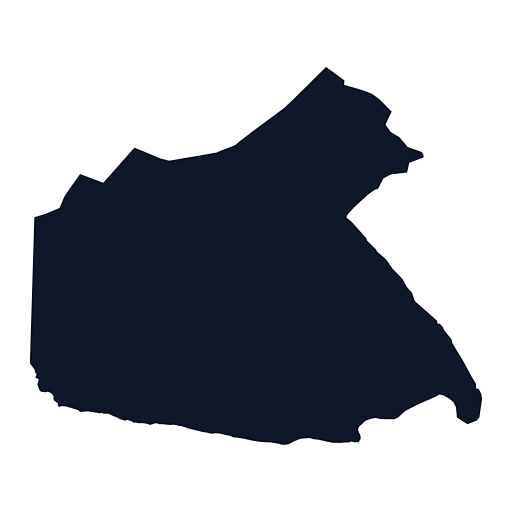 the district of San Lorenzo, Oaxaca, Mexico
{"feature_id": "50627088B2703983374094", "entity_name": "San Lorenzo", "entity_type": "district", "adm_level": 2, "iso_a3": "MEX", "parent_name": "Mexico", "parent_adm1": "Oaxaca", "projection": "mercator", "projection_center": [-97.876, 16.418], "detail": "fine", "context": "isolated", "style": "filled", "palette": "ink", "viewbox_px": 512, "rotation_deg": 0, "n_neighbors": 0, "source": "geoboundaries", "source_scale": "gbopen_adm2", "svg_char_len": 3325}
<svg xmlns="http://www.w3.org/2000/svg" viewBox="0 0 512 512"><path d="M35.1,217.8L30.7,361.9L30.9,363.4L35.1,368.9L36.1,372.7L37.6,373.7L37.5,373.9L36.3,377.1L39.8,378.9L38.2,384.2L40.0,389.6L40.4,390.3L41.6,391.0L43.4,391.2L45.3,391.5L47.5,390.9L49.3,391.4L51.2,392.3L52.9,393.8L53.9,395.2L54.5,397.4L54.2,398.6L54.7,400.0L56.4,401.4L58.2,402.7L58.7,403.5L58.6,405.6L59.2,405.9L59.9,405.9L61.2,405.3L62.1,405.1L63.5,405.6L64.1,405.7L64.4,405.4L65.5,405.6L67.7,406.1L69.5,406.8L71.2,407.1L73.6,407.9L78.2,409.3L78.8,409.5L79.3,410.3L80.7,411.2L86.1,410.7L88.4,410.7L88.9,410.7L93.4,411.5L94.9,411.7L97.5,412.0L98.5,412.4L99.2,412.6L101.9,411.9L103.7,413.0L108.1,412.9L109.2,413.2L111.0,414.1L114.1,415.6L117.3,416.7L118.0,417.1L120.5,418.6L123.2,419.2L124.4,419.9L125.0,419.7L127.2,419.1L127.7,419.2L129.5,419.8L132.4,420.8L133.5,421.8L136.8,421.9L138.2,422.2L139.0,422.5L140.7,422.4L141.3,422.3L144.2,422.5L144.4,422.5L146.9,423.0L150.2,424.1L154.6,422.7L155.6,422.4L158.7,423.0L159.5,423.5L159.8,423.5L161.3,423.3L167.5,424.0L171.2,424.2L172.4,424.0L172.7,423.9L176.7,424.4L178.6,425.1L181.0,425.1L181.5,425.4L184.5,426.3L186.4,426.8L187.2,427.4L192.6,428.7L197.1,429.8L201.7,431.0L202.0,431.1L207.2,431.9L209.5,432.5L210.0,432.6L212.2,432.9L214.6,432.5L219.0,432.6L229.3,435.0L230.2,435.0L231.8,435.9L234.3,436.7L237.0,436.8L244.8,438.1L245.1,438.2L253.1,440.0L261.2,441.2L264.1,441.4L271.0,441.7L280.2,443.2L280.3,443.6L282.4,444.0L284.6,444.0L287.9,443.7L293.4,440.8L299.1,438.4L301.7,437.8L307.7,437.4L310.1,437.3L313.1,438.3L319.5,439.1L326.2,440.7L332.4,442.0L340.2,442.1L349.0,441.6L351.5,440.6L354.8,441.7L356.4,441.3L358.0,441.6L359.6,439.2L360.0,438.0L359.4,434.6L358.4,433.6L357.9,431.7L357.1,429.7L358.3,426.4L363.9,421.2L365.6,419.8L368.2,418.9L370.6,418.2L375.4,417.1L380.8,418.3L394.2,418.5L397.7,416.8L404.4,410.7L405.9,409.7L417.1,404.0L434.8,396.2L439.5,393.6L443.9,394.7L449.4,397.8L454.2,401.8L455.8,405.3L456.6,406.5L457.7,417.1L467.6,423.4L476.0,420.0L478.6,417.3L479.3,412.5L481.3,398.9L480.5,394.1L478.2,389.5L476.6,389.5L475.2,388.4L475.3,384.1L471.1,377.3L465.2,366.3L462.4,361.2L451.6,343.4L450.8,339.7L445.8,333.5L443.1,330.0L442.5,327.8L439.5,324.5L437.5,324.4L436.3,323.2L436.5,321.3L433.2,318.3L415.1,302.4L413.9,300.8L411.3,293.3L405.9,286.9L402.1,279.8L396.6,273.9L393.2,270.6L393.0,270.4L391.9,269.1L386.4,261.1L384.7,259.2L376.2,251.9L375.6,250.1L366.2,240.9L365.8,238.8L362.5,235.2L351.8,223.1L345.3,217.6L347.4,213.5L353.3,207.1L367.0,194.4L374.1,189.3L375.1,188.8L377.5,188.2L382.8,177.9L390.6,173.7L406.5,171.8L408.6,162.3L422.8,156.9L423.0,156.1L421.8,153.4L420.9,152.5L407.3,147.7L399.0,137.9L390.3,132.6L384.6,124.8L388.1,117.1L390.8,111.8L383.9,104.9L378.7,99.6L371.4,94.4L362.9,91.1L343.3,85.4L343.6,80.7L342.2,79.8L326.1,68.0L313.6,80.3L307.9,86.1L304.8,89.1L301.1,92.7L300.0,93.8L295.7,98.1L288.3,105.1L285.9,107.5L285.0,108.3L282.8,109.9L272.9,117.3L256.3,129.6L253.5,131.7L253.0,132.0L252.4,132.5L249.0,135.2L241.6,140.7L235.2,146.1L234.7,146.1L231.8,147.3L226.6,149.3L221.0,151.4L216.3,153.6L214.8,153.5L213.3,153.9L198.7,156.5L190.8,157.8L186.1,158.6L169.1,161.5L160.1,159.2L158.4,158.5L143.5,152.2L134.6,148.6L115.8,169.8L103.5,183.7L80.3,175.0L74.4,183.4L69.1,190.9L64.9,197.2L60.1,208.6L45.2,214.8L35.1,217.8Z" fill="#0f172a" stroke="#020617" stroke-width="1.5"/></svg>